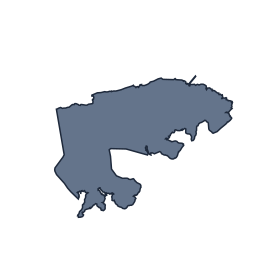 Fanif, Federated States of Micronesia, rotated 49°
{"feature_id": "79324940B88858920972167", "entity_name": "Fanif", "entity_type": "district", "adm_level": 2, "iso_a3": "FSM", "parent_name": "Federated States of Micronesia", "parent_adm1": "", "projection": "robinson", "projection_center": [138.125, 9.563], "detail": "fine", "context": "isolated", "style": "filled", "palette": "slate", "viewbox_px": 256, "rotation_deg": 49, "n_neighbors": 0, "source": "geoboundaries", "source_scale": "gbopen_adm2", "svg_char_len": 5932}
<svg xmlns="http://www.w3.org/2000/svg" viewBox="0 0 256 256"><g transform="rotate(49 128 128)"><path d="M161.0,131.1L160.7,130.9L160.8,130.1L160.6,129.4L157.1,128.8L156.4,129.1L156.1,128.4L155.2,128.3L154.1,127.5L154.2,126.8L153.6,126.1L154.0,125.7L154.7,125.8L156.4,127.3L160.5,128.9L161.7,129.1L163.1,128.6L163.4,128.4L162.0,127.7L161.8,127.1L162.4,126.6L162.4,126.1L164.8,125.0L166.6,119.5L167.8,119.1L169.5,119.5L170.4,119.1L171.9,118.5L172.7,117.9L172.8,117.5L174.0,117.0L174.6,116.4L178.0,116.2L179.0,115.9L180.0,115.3L180.9,114.4L181.3,113.6L181.3,112.5L181.8,112.0L181.9,110.9L181.3,108.9L179.6,106.3L179.6,105.7L179.1,105.5L179.2,103.4L178.1,100.0L177.7,97.4L177.3,97.1L176.6,97.3L176.3,96.7L175.0,97.2L172.9,99.3L171.6,99.9L170.2,99.9L169.5,100.3L168.7,100.9L167.3,103.6L166.7,104.3L166.2,104.2L164.4,105.2L163.4,105.4L162.2,106.5L161.5,106.2L160.8,106.8L160.7,105.9L161.9,105.3L162.4,103.5L162.1,102.7L160.9,102.7L161.5,101.1L160.8,100.4L160.3,97.3L161.2,97.0L161.7,96.2L161.1,94.6L160.4,94.3L160.4,93.5L161.3,92.8L162.1,92.6L163.8,90.9L164.8,89.1L164.2,88.9L164.5,87.9L165.3,88.3L165.6,85.4L166.7,85.0L169.0,87.2L169.8,87.6L171.2,87.1L173.2,85.3L173.8,85.2L175.9,85.6L176.7,86.1L177.9,87.6L179.4,88.3L180.1,87.1L180.0,85.9L179.4,84.6L178.1,83.1L177.9,81.6L177.4,80.8L176.7,79.9L175.4,79.2L174.8,77.9L172.1,75.4L171.8,74.5L172.2,73.8L171.2,71.6L171.5,69.8L172.0,68.9L172.6,65.7L172.5,65.1L173.3,64.4L174.8,64.6L176.1,64.0L177.0,64.2L181.8,67.7L183.1,68.0L185.9,67.4L187.0,67.5L187.8,67.2L189.2,63.1L189.0,58.1L189.2,51.7L189.0,49.7L188.6,49.0L189.2,48.4L189.2,45.8L188.8,43.5L187.9,43.0L186.3,43.5L185.9,42.9L184.8,43.0L183.6,42.4L181.6,42.8L180.5,44.0L180.5,43.5L180.8,43.1L182.5,41.9L182.0,41.5L181.6,38.4L181.6,36.7L180.5,36.9L180.5,36.3L180.1,35.6L179.6,35.2L178.8,35.0L178.0,33.5L177.0,33.2L177.5,32.8L177.3,32.4L176.3,32.0L174.2,33.2L173.1,34.5L172.5,34.3L171.0,35.3L170.2,34.0L169.4,34.1L169.0,35.3L167.7,36.5L167.3,38.4L166.8,36.3L164.9,35.1L164.6,36.0L163.2,36.0L162.7,36.7L162.6,37.3L161.8,37.2L161.2,36.6L160.1,37.6L156.8,38.2L155.7,38.8L155.4,39.9L155.0,40.1L154.0,39.1L152.9,39.9L151.4,40.0L150.1,41.7L150.6,43.6L149.4,43.3L148.7,42.2L147.5,41.4L145.8,41.8L144.2,42.6L142.8,44.2L142.1,46.2L140.9,46.7L140.5,47.1L140.1,49.0L138.7,49.1L137.0,51.4L135.9,52.3L136.7,53.8L136.0,54.2L135.1,53.2L133.5,43.1L133.0,43.0L134.6,53.0L133.9,54.3L133.6,53.9L133.3,54.0L133.0,55.0L132.3,55.2L131.4,54.2L130.0,54.3L129.0,54.8L129.0,55.3L128.6,55.2L128.2,55.6L127.2,55.8L123.6,59.5L122.6,60.3L122.1,59.9L121.6,60.0L121.5,61.6L121.2,62.1L114.1,69.8L112.1,70.2L110.7,73.0L109.4,78.1L108.1,80.6L107.9,81.5L108.2,82.1L107.9,84.5L106.8,87.6L105.4,89.3L104.6,89.6L104.1,89.2L103.3,90.4L103.9,90.8L103.6,91.4L104.3,93.4L104.0,93.5L103.6,93.2L103.1,93.5L102.6,94.5L102.7,95.5L101.3,95.5L100.1,96.2L99.3,95.9L98.8,97.8L96.1,103.8L94.6,108.1L92.1,113.0L90.7,114.5L89.7,116.5L89.3,116.3L88.9,117.2L88.2,117.8L87.5,119.5L86.4,120.9L85.3,121.7L83.5,125.2L81.3,128.1L79.5,133.7L80.2,134.3L81.3,133.2L82.6,133.8L83.6,135.2L83.2,135.6L83.2,136.1L83.7,136.6L84.7,136.7L86.3,138.4L86.2,139.0L84.1,142.3L84.0,143.5L83.3,144.7L79.8,147.6L79.3,148.3L79.6,149.2L78.5,150.1L77.5,150.2L75.4,151.3L74.7,152.2L75.0,153.3L74.1,154.1L73.7,155.3L73.7,158.7L72.7,160.2L72.0,162.1L70.9,163.3L70.2,164.6L68.3,165.4L67.4,167.7L67.4,168.4L66.8,169.7L106.3,193.7L107.3,196.2L110.2,209.2L111.4,210.7L112.7,211.5L116.3,212.5L128.1,212.3L133.7,213.0L138.7,213.0L149.0,212.1L148.1,210.6L148.0,210.0L147.1,209.9L147.0,209.3L146.4,208.8L144.7,208.5L144.3,208.1L143.4,208.6L143.3,208.2L143.9,207.1L144.0,205.9L144.3,205.7L144.7,206.1L145.3,205.9L146.2,206.6L146.3,206.5L145.0,205.0L144.9,204.2L145.0,204.0L145.4,204.4L146.1,203.4L146.5,203.4L146.8,201.9L148.4,202.4L148.7,202.3L148.9,201.4L149.0,202.0L150.0,202.0L150.3,200.7L150.7,200.6L150.5,202.5L150.7,203.6L151.5,204.7L152.2,205.0L153.2,206.7L153.4,207.6L155.7,209.5L155.9,210.7L156.5,211.6L156.1,212.1L156.2,212.8L158.3,214.6L158.7,215.4L159.2,216.6L159.3,219.4L160.6,221.4L160.6,222.5L161.2,223.7L161.8,223.3L162.9,224.0L164.3,222.1L165.0,220.4L164.7,219.0L164.3,218.5L162.9,218.8L162.4,218.0L161.8,218.1L161.6,217.7L162.3,217.3L162.4,216.4L162.4,215.4L161.7,214.5L161.7,213.8L162.1,212.6L163.1,210.6L163.1,209.4L163.5,209.8L163.9,209.6L164.1,208.7L164.0,207.0L163.5,204.5L164.0,203.7L163.8,202.1L164.9,201.4L166.3,202.4L167.6,202.3L168.2,201.9L168.9,202.1L170.6,201.2L172.2,202.1L172.7,202.0L173.0,201.4L174.1,201.0L174.3,199.7L174.0,198.3L171.9,196.5L171.3,195.7L170.3,195.5L169.5,196.0L168.9,195.6L167.5,196.2L167.9,195.2L167.5,194.0L166.3,191.6L164.7,190.9L164.6,190.1L163.6,189.9L163.3,190.4L162.4,190.5L161.1,191.3L161.1,190.7L159.4,191.2L157.7,190.9L157.0,190.6L155.9,190.9L155.4,190.8L155.3,191.3L154.3,190.6L154.9,189.2L154.9,188.8L154.5,188.7L154.8,188.4L155.1,188.8L159.9,188.9L160.8,188.0L161.8,188.2L162.3,187.7L162.4,187.0L163.3,186.8L163.3,188.9L164.5,189.1L164.7,188.2L163.7,188.1L163.7,186.6L164.8,185.2L165.6,185.3L166.1,185.0L166.1,184.0L167.1,183.6L167.0,183.1L166.5,182.7L166.7,182.4L167.1,182.4L167.6,183.3L168.1,183.3L168.2,182.0L168.5,182.1L168.1,183.7L168.9,184.5L169.2,185.4L170.5,186.1L172.1,187.5L172.9,187.1L173.6,185.8L174.7,186.6L175.5,186.3L176.2,186.8L177.1,187.0L179.2,186.5L179.9,186.9L181.8,186.2L183.6,185.0L185.3,184.7L186.9,183.4L187.3,182.0L187.1,180.4L186.7,179.7L186.8,178.5L187.3,178.1L187.8,176.9L188.5,176.2L188.9,174.6L187.9,171.3L187.4,170.3L186.7,169.8L186.4,168.3L184.6,168.1L183.0,168.7L183.0,167.2L183.5,166.9L184.1,165.9L183.8,165.6L184.3,165.2L184.2,164.3L183.7,163.7L183.7,162.1L183.4,161.7L183.6,161.4L183.3,160.4L182.4,159.4L181.5,158.1L181.3,157.2L179.6,155.9L178.2,155.8L174.9,157.2L173.0,157.2L172.9,157.4L170.4,157.1L169.7,157.3L168.6,159.8L167.2,161.0L166.2,161.1L165.2,161.7L162.3,165.2L156.5,168.1L148.2,167.4L137.8,159.7L132.1,156.5L132.1,156.2L132.2,154.6L142.6,143.2L161.0,131.1Z" fill="#64748b" stroke="#1e293b" stroke-width="1.5"/></g></svg>